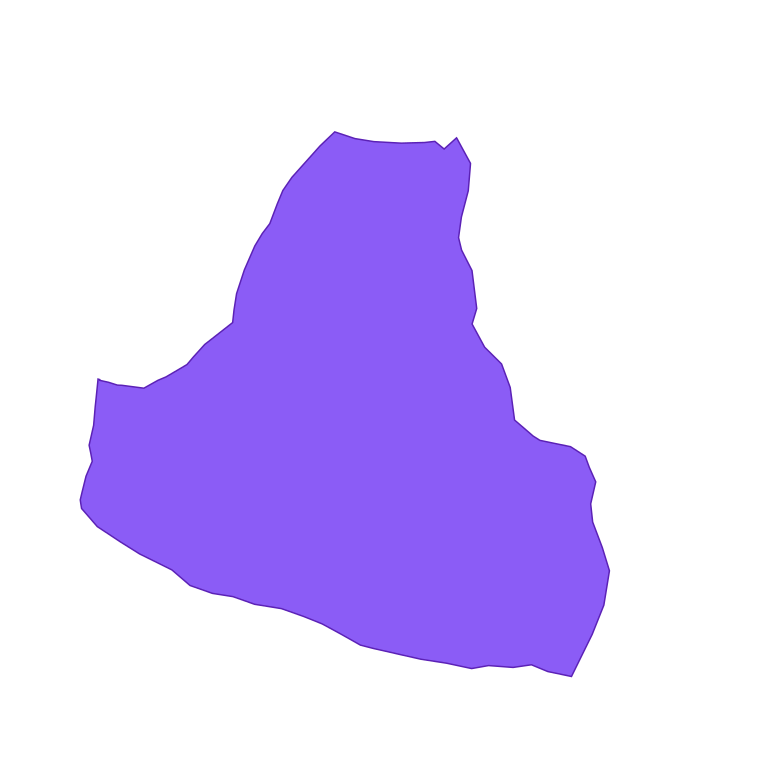 Etrek, Balkan, Turkmenistan, rotated 287°
{"feature_id": "10190150B33098588070062", "entity_name": "Etrek", "entity_type": "district", "adm_level": 2, "iso_a3": "TKM", "parent_name": "Turkmenistan", "parent_adm1": "Balkan", "projection": "orthographic", "projection_center": [54.674, 38.185], "detail": "fine", "context": "isolated", "style": "filled", "palette": "violet", "viewbox_px": 768, "rotation_deg": 287, "n_neighbors": 0, "source": "geoboundaries", "source_scale": "gbopen_adm2", "svg_char_len": 1395}
<svg xmlns="http://www.w3.org/2000/svg" viewBox="0 0 768 768"><g transform="rotate(287 384 384)"><path d="M163.8,151.5L155.7,178.9L150.0,200.1L144.2,235.5L134.6,257.4L133.6,281.1L136.5,301.7L135.5,324.6L139.2,351.5L138.2,375.2L136.5,395.0L132.3,415.6L127.4,437.8L128.0,451.3L130.1,480.0L131.6,499.9L135.3,525.5L137.5,551.0L145.3,566.3L150.7,590.3L158.6,607.1L156.9,624.7L159.1,648.8L205.5,656.3L236.8,658.9L271.3,654.2L291.4,640.6L313.0,623.9L329.8,616.7L352.3,615.1L364.3,604.7L373.8,597.5L378.6,580.7L377.0,563.9L375.7,549.6L377.8,541.9L387.7,519.4L417.6,505.7L437.5,490.6L448.6,469.5L467.1,450.7L483.3,450.6L518.2,435.0L534.8,419.0L545.8,412.5L566.4,409.2L593.4,408.1L618.7,402.6L620.3,402.2L634.4,387.8L640.2,381.9L640.6,381.4L626.3,372.8L630.9,361.7L626.8,352.2L621.4,336.1L619.4,330.2L612.8,303.4L610.2,284.5L610.7,263.2L593.1,253.3L592.7,253.1L554.7,235.5L539.5,230.7L525.2,229.3L504.0,227.9L492.3,223.6L478.3,220.1L452.2,217.1L427.3,216.6L411.1,218.9L398.5,221.3L369.4,201.0L354.3,193.9L345.0,189.9L327.0,173.4L321.4,166.7L309.8,155.6L306.1,133.6L305.0,129.5L305.1,120.1L304.4,111.1L305.1,110.9L305.1,109.1L301.1,109.9L286.5,112.8L277.7,114.5L270.3,116.1L259.6,118.4L250.1,119.1L239.3,119.9L238.5,120.3L232.5,123.6L224.8,127.6L211.8,126.3L208.7,126.0L192.0,126.9L184.4,127.4L181.2,128.9L176.5,131.2L173.6,135.9L163.8,151.5Z" fill="#8b5cf6" stroke="#5b21b6" stroke-width="1.5"/></g></svg>